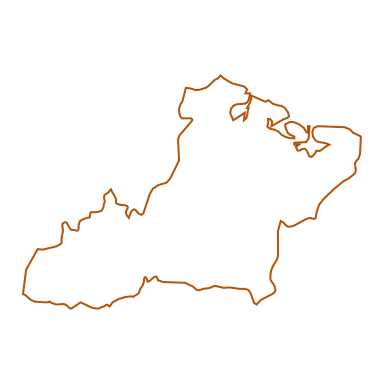 Las Tunas, Equal Earth projection
{"feature_id": "CUB-1368", "entity_name": "Las Tunas", "entity_type": "Province", "adm_level": 1, "iso_a3": "CUB", "parent_name": "Cuba", "parent_adm1": "", "projection": "equal_earth", "projection_center": [-77.037, 21.068], "detail": "fine", "context": "isolated", "style": "outline", "palette": "amber", "viewbox_px": 384, "rotation_deg": 0, "n_neighbors": 0, "source": "natural_earth", "source_scale": "10m", "svg_char_len": 4166}
<svg xmlns="http://www.w3.org/2000/svg" viewBox="0 0 384 384"><path d="M220.5,75.5L223.8,78.4L231.9,83.3L244.2,86.5L247.1,89.3L245.5,93.4L250.1,93.4L248.8,99.6L247.0,102.6L244.3,103.7L236.4,104.3L233.3,105.9L231.0,108.8L230.2,113.0L233.3,120.3L244.7,112.8L244.0,120.3L246.2,118.3L247.2,115.2L247.7,111.6L248.6,108.0L247.1,108.0L250.2,102.2L251.1,99.2L251.5,95.6L265.1,101.6L266.4,101.5L268.2,100.2L269.1,100.7L272.9,103.8L278.9,105.6L281.3,105.8L284.7,107.7L287.8,111.9L289.1,116.2L287.4,118.0L283.8,119.1L271.4,126.2L272.2,121.7L270.2,119.1L268.0,119.0L268.3,122.1L267.3,126.8L270.2,128.8L274.7,129.7L278.3,131.5L281.6,134.8L285.4,136.9L289.6,138.1L294.3,138.4L294.3,136.6L289.5,134.4L288.0,133.1L286.7,130.5L285.2,126.2L285.3,124.3L289.6,122.1L293.5,122.0L298.8,124.1L303.7,127.8L306.6,132.5L308.0,132.5L308.0,126.2L309.5,126.2L308.7,138.2L306.2,142.1L294.3,142.7L294.3,144.7L298.9,144.7L296.7,146.3L295.8,146.8L297.6,150.6L299.8,150.5L302.3,149.0L305.0,148.8L306.9,150.8L309.1,156.0L311.2,157.0L312.3,156.3L313.8,154.9L315.2,153.2L315.7,151.8L316.3,150.8L317.5,150.7L319.0,151.0L320.1,150.8L326.7,146.0L329.3,144.7L325.8,143.2L318.5,142.0L315.7,140.7L313.0,136.7L312.3,131.9L313.8,127.9L317.8,126.2L344.5,127.2L349.9,129.4L353.1,132.7L360.3,136.2L361.0,136.9L360.8,137.3L360.0,154.1L358.3,159.1L357.2,160.0L356.3,161.0L355.1,163.0L355.1,164.8L355.8,170.2L355.5,172.1L354.3,174.0L348.3,178.7L343.4,181.3L333.6,189.3L330.0,193.1L328.7,194.0L323.2,199.5L319.0,204.9L316.4,213.2L315.7,217.7L315.0,218.6L313.4,218.8L312.3,218.6L311.0,218.0L308.9,218.2L306.0,219.1L294.3,225.5L290.7,226.6L289.1,226.7L287.8,226.6L286.8,226.1L285.6,225.0L283.3,222.5L280.7,221.0L277.9,231.2L278.1,252.3L277.8,256.5L277.0,259.4L273.0,266.0L271.3,270.0L270.7,272.7L270.4,276.6L270.4,279.0L270.9,280.6L273.4,284.0L274.5,286.1L275.4,289.1L275.2,290.9L274.6,292.2L272.3,294.1L270.2,295.1L261.3,299.7L260.3,300.5L256.6,304.5L254.3,303.2L250.1,292.1L248.1,289.9L244.8,288.8L239.7,288.9L230.3,287.5L225.8,287.6L224.0,287.9L214.7,285.8L209.8,287.9L206.5,288.5L203.4,288.7L199.8,290.1L197.8,290.2L196.3,289.6L193.1,286.7L185.0,282.8L163.1,282.0L157.9,280.2L157.4,278.4L156.5,276.6L155.1,276.6L153.4,277.6L149.9,280.7L148.5,281.6L147.6,281.6L146.7,278.8L145.5,277.1L144.7,277.4L144.1,278.8L143.8,281.9L143.3,283.7L142.8,285.1L140.6,288.4L139.8,290.0L139.3,291.9L139.0,292.7L138.6,293.3L137.6,294.0L134.2,296.1L133.3,296.9L133.2,296.9L131.8,296.3L125.4,297.0L118.4,299.1L112.6,302.3L109.7,306.5L107.5,304.8L106.3,304.8L105.1,305.7L103.6,306.5L101.2,307.3L99.8,308.0L98.3,308.5L95.8,308.5L91.9,307.7L80.6,302.4L71.9,308.2L70.0,308.5L66.7,305.4L65.2,304.5L63.6,304.0L57.0,304.5L55.2,304.2L50.9,302.6L49.4,301.5L48.6,302.1L45.7,302.4L34.8,301.6L31.0,300.0L25.0,294.9L23.0,294.2L26.1,269.7L37.7,249.1L42.9,249.6L56.5,246.3L59.9,244.5L61.7,242.9L61.5,241.2L61.6,239.1L61.8,236.8L62.8,231.9L62.9,230.2L62.7,228.3L62.4,226.4L62.4,224.0L64.1,222.5L65.6,222.2L66.8,222.9L68.0,225.0L68.9,226.8L70.0,228.7L70.8,229.6L72.1,229.9L74.6,230.1L75.7,230.5L77.4,230.7L78.1,230.0L78.6,229.0L78.6,225.3L79.8,221.2L82.0,219.7L86.5,218.0L89.7,217.4L90.4,213.0L91.0,212.1L91.5,212.1L94.4,212.3L97.4,211.9L101.4,210.9L102.9,208.5L103.6,206.5L103.8,204.4L104.8,201.8L104.8,201.4L104.3,199.1L104.1,197.8L104.1,196.1L104.5,195.1L105.3,194.4L108.5,192.4L110.1,190.0L110.8,189.4L111.2,189.3L111.3,190.0L111.5,190.7L111.9,191.5L112.8,193.1L113.5,194.0L115.4,197.7L115.9,199.1L116.1,200.5L116.0,202.2L116.1,203.0L116.6,203.6L120.5,204.9L124.3,205.2L126.1,205.7L127.2,206.1L127.7,206.9L127.8,207.6L127.6,208.4L126.1,211.2L125.9,212.0L125.9,213.0L126.6,215.0L128.8,217.9L131.1,211.7L132.6,210.2L134.0,209.3L135.0,209.6L136.0,210.5L138.3,213.3L139.6,214.1L141.4,214.8L143.3,213.6L149.7,194.2L152.8,188.7L155.5,187.1L157.6,185.5L158.7,184.9L165.2,183.1L166.6,182.5L169.5,179.4L170.9,177.2L179.1,160.3L178.1,141.0L178.2,139.0L179.4,135.5L191.9,120.9L192.3,119.8L191.8,118.8L190.6,118.3L182.0,118.4L181.0,117.5L180.0,115.8L179.0,110.9L179.2,108.1L180.5,104.2L182.4,101.4L185.9,87.8L190.3,88.4L195.5,90.0L199.4,89.8L205.5,87.9L208.3,86.2L214.6,80.0L218.2,78.2L220.0,76.0L220.5,75.5Z" fill="none" stroke="#b45309" stroke-width="2"/></svg>